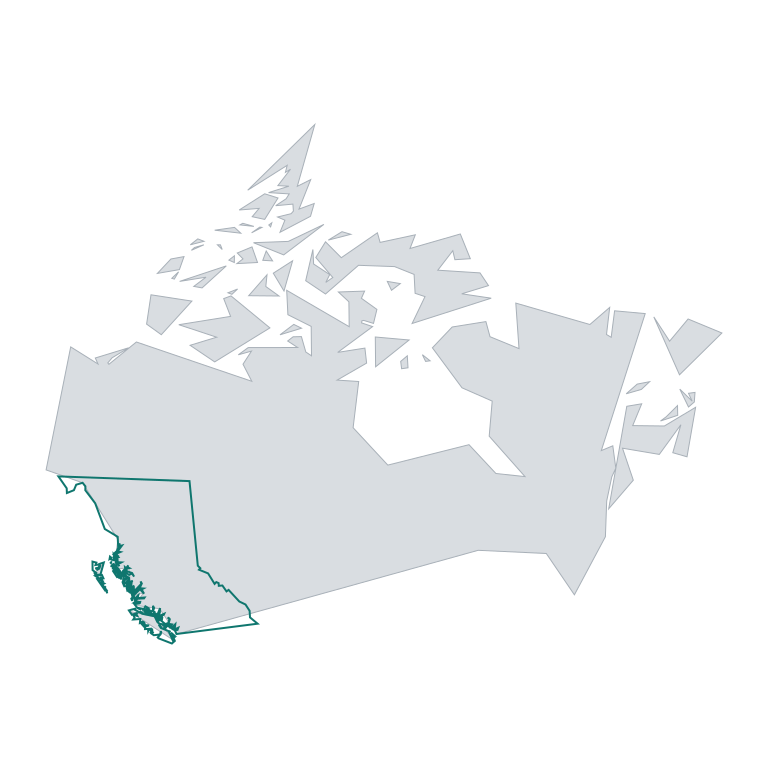 where British Columbia sits in Canada
{"feature_id": "CAN-633", "entity_name": "British Columbia", "entity_type": "Province", "adm_level": 1, "iso_a3": "CAN", "parent_name": "Canada", "parent_adm1": "", "projection": "albers", "projection_center": [-126.982, 54.153], "detail": "fine", "context": "in_parent", "style": "outline", "palette": "teal", "viewbox_px": 768, "rotation_deg": 0, "n_neighbors": 0, "source": "natural_earth", "source_scale": "10m", "svg_char_len": 9838}
<svg xmlns="http://www.w3.org/2000/svg" viewBox="0 0 768 768"><path d="M117.9,539.5L82.6,482.8L46.1,469.9L70.7,346.9L98.0,364.0L95.3,358.0L128.6,347.8L112.1,357.8L107.8,362.9L108.9,364.3L136.4,342.0L251.8,381.3L243.0,364.2L251.5,351.1L238.3,354.8L248.2,347.6L297.6,347.5L287.7,341.0L293.1,336.8L301.4,336.6L305.8,352.0L311.5,355.8L311.2,326.4L287.9,314.7L286.7,290.3L349.2,326.7L348.9,301.8L338.4,292.0L364.6,291.1L361.4,298.3L376.9,309.4L373.5,323.4L363.7,320.4L361.9,320.8L361.6,322.9L372.6,326.6L337.7,352.4L364.9,348.1L366.6,363.1L337.1,380.1L358.7,381.5L353.1,427.7L387.8,465.1L469.0,444.7L495.9,473.5L525.0,476.6L489.2,436.2L492.2,401.1L462.0,387.8L432.4,347.8L452.2,327.0L485.9,321.6L490.0,336.7L519.0,348.6L515.8,303.1L589.9,324.5L609.7,307.4L606.5,334.5L611.2,337.3L614.6,310.8L645.2,313.6L601.3,450.6L612.8,445.8L615.8,468.2L611.8,476.8L606.7,500.9L605.4,536.7L574.4,594.8L546.3,553.5L478.1,550.3L176.6,634.1L159.8,608.8L135.1,605.2L143.6,592.7L131.8,596.4L128.8,567.8L114.2,569.2L117.9,539.5ZM325.8,282.4L332.8,277.5L315.8,257.5L325.5,241.8L341.3,257.7L377.4,232.8L380.1,242.4L415.3,234.8L410.0,248.5L460.3,234.0L470.3,258.7L454.9,259.7L452.8,250.7L437.8,270.2L480.0,272.9L488.5,285.6L461.7,293.8L491.2,298.2L412.1,323.5L425.0,296.6L415.1,293.3L414.1,274.4L394.6,266.6L358.5,265.3L325.5,294.0L305.7,280.7L312.9,249.5L313.6,264.0L329.7,274.6L325.8,282.4ZM247.7,190.2L314.8,124.5L297.3,186.3L310.7,179.6L299.0,209.1L314.2,203.5L310.5,216.3L280.0,232.3L284.9,220.2L277.6,217.0L291.1,213.7L293.4,211.1L292.9,204.1L275.7,205.7L286.1,198.8L289.2,193.9L268.6,192.6L288.9,186.2L277.9,185.6L290.5,169.2L285.4,172.4L287.2,165.3L247.7,190.2ZM178.8,324.7L230.6,316.4L223.7,298.6L231.0,295.9L269.9,327.9L214.7,361.9L190.1,345.3L216.7,337.2L178.8,324.7ZM659.3,454.4L622.5,448.2L633.3,480.2L608.7,508.8L626.8,406.3L641.7,403.8L632.7,425.6L664.4,426.0L695.6,407.3L687.0,456.8L672.8,452.7L680.9,424.7L659.3,454.4ZM151.0,294.8L191.9,301.1L161.3,334.7L146.6,324.1L151.0,294.8ZM239.2,210.0L264.7,193.8L278.0,198.0L264.7,219.4L252.2,216.7L259.1,208.4L239.2,210.0ZM253.5,242.7L288.3,241.4L323.9,224.4L283.7,254.9L253.5,242.7ZM179.6,281.4L226.3,265.9L202.1,287.9L193.8,286.4L206.0,277.2L179.6,281.4ZM653.8,316.9L669.6,341.2L688.1,319.0L721.9,333.0L679.5,374.8L653.8,316.9ZM248.7,295.7L267.0,274.8L265.8,286.5L279.0,296.0L248.7,295.7ZM375.6,366.8L375.3,337.0L409.1,340.0L375.6,366.8ZM273.3,273.2L292.6,260.8L284.0,291.0L273.3,273.2ZM184.0,256.6L179.4,269.6L157.4,273.4L170.9,259.0L184.0,256.6ZM252.0,246.9L257.5,262.5L236.9,263.6L243.0,258.9L237.3,253.0L252.0,246.9ZM214.7,230.2L234.5,227.4L240.8,233.2L214.7,230.2ZM129.5,611.4L154.5,616.6L175.2,641.4L129.5,611.4ZM328.3,240.1L342.0,231.7L350.8,234.3L328.3,240.1ZM280.0,334.8L293.8,324.4L301.5,328.2L280.0,334.8ZM266.2,251.0L272.6,260.9L262.8,260.3L266.2,251.0ZM242.8,223.3L253.9,226.4L239.9,224.9L242.8,223.3ZM387.3,281.4L400.3,283.6L391.5,290.3L387.3,281.4ZM194.5,247.5L203.9,244.8L191.4,250.3L194.5,247.5ZM237.6,289.0L231.9,294.3L228.0,292.8L237.6,289.0ZM679.8,389.1L692.2,401.2L688.5,393.3L695.0,392.4L694.3,402.0L688.5,407.0L679.8,389.1ZM197.8,238.9L204.0,241.3L190.3,244.8L197.8,238.9ZM649.6,381.7L641.4,389.4L626.2,393.8L637.2,384.1L649.6,381.7ZM407.3,355.8L408.0,367.8L401.6,368.7L400.7,361.4L407.3,355.8ZM94.1,573.6L103.7,562.8L100.1,574.7L94.1,573.6ZM251.6,232.8L259.8,227.1L261.9,227.4L251.6,232.8ZM234.4,255.8L234.3,262.5L228.9,260.1L234.4,255.8ZM660.5,421.0L666.2,416.8L677.5,405.6L677.7,415.3L660.5,421.0ZM422.4,354.7L430.1,360.8L425.6,361.4L422.4,354.7ZM178.6,271.8L174.3,279.1L171.8,278.3L178.6,271.8ZM271.8,222.8L270.6,226.9L268.8,225.0L271.8,222.8ZM220.4,244.8L222.2,249.5L217.4,244.8L220.4,244.8ZM95.6,576.1L100.1,580.0L105.7,590.4L95.6,576.1Z" fill="#d9dde1" stroke="#a8b0b8" stroke-width="1"/><path d="M257.6,623.7L176.5,634.0L174.9,630.2L177.5,629.9L178.3,627.7L174.6,629.4L175.3,624.2L172.4,627.1L172.2,628.7L167.4,625.6L168.4,624.0L170.0,627.2L172.0,624.4L168.5,623.8L169.8,619.2L169.1,618.3L167.6,617.5L169.4,619.0L168.4,622.9L165.4,624.1L160.4,620.1L161.7,620.9L162.3,617.4L161.3,616.2L163.9,614.6L164.3,613.7L158.0,616.4L159.8,612.8L160.1,608.1L157.2,615.1L155.6,613.5L153.7,614.5L154.7,611.0L152.8,614.9L151.8,613.7L149.9,614.5L147.5,613.9L153.2,610.6L154.1,608.0L153.0,605.8L153.0,610.2L150.6,611.6L148.1,611.8L149.6,610.2L148.3,609.1L145.1,609.6L148.4,608.1L145.4,606.3L144.0,609.0L139.8,608.2L141.0,609.8L137.5,608.1L134.4,604.1L139.3,603.4L140.0,602.9L140.2,601.9L134.5,602.3L136.5,600.8L137.2,598.7L144.0,598.4L144.6,597.5L137.6,598.1L138.2,595.4L135.7,597.7L137.2,598.2L135.1,601.0L133.7,595.4L140.0,589.2L144.0,593.7L141.7,589.4L143.4,588.5L139.6,588.2L141.8,583.5L140.6,581.4L141.3,583.8L136.0,589.4L133.9,590.5L133.8,586.4L132.7,588.7L133.9,585.5L130.3,589.7L129.5,589.4L131.0,587.1L131.8,581.5L132.7,580.9L129.2,582.0L129.0,577.7L126.0,575.8L125.1,571.9L129.0,574.9L132.0,573.5L134.1,576.6L132.1,573.0L126.5,571.1L126.8,568.6L129.3,568.1L127.5,567.2L128.3,565.4L125.5,568.9L125.8,567.9L125.0,567.2L125.2,568.9L123.1,570.8L122.5,574.2L116.2,566.2L116.7,563.3L119.3,566.2L117.7,562.9L120.1,563.1L121.4,562.4L118.5,562.2L116.1,563.2L115.3,559.8L113.4,560.2L114.0,556.6L116.8,560.8L117.6,561.1L117.5,558.4L114.5,556.2L115.6,555.6L117.3,557.0L118.4,557.0L116.2,553.8L120.4,552.0L117.6,551.4L122.0,545.5L120.1,546.0L119.3,543.3L119.5,546.9L116.6,551.6L118.2,547.7L117.7,536.8L104.8,529.0L95.2,503.3L85.3,490.2L85.4,486.3L82.6,482.8L76.2,484.7L73.9,490.2L66.9,493.0L66.7,488.3L58.4,476.4L189.5,481.1L197.8,565.7L200.3,568.2L199.0,569.7L208.1,573.4L214.6,583.9L216.3,582.1L218.6,583.1L218.8,585.8L222.4,585.5L226.5,591.4L228.6,589.9L239.3,601.5L245.5,604.5L249.6,610.8L250.0,617.4L257.6,623.7ZM174.8,640.9L171.9,643.5L158.5,638.3L157.7,637.4L160.6,634.3L161.2,632.4L160.9,631.1L160.1,634.5L153.8,635.2L151.4,633.5L153.7,631.9L152.5,632.7L152.2,629.7L149.9,631.0L150.6,630.4L150.9,628.7L145.0,629.1L145.2,626.6L149.1,625.4L145.0,625.1L144.3,622.5L142.6,621.5L139.9,622.9L140.3,619.0L133.3,619.5L134.6,617.7L133.1,614.7L137.3,615.9L136.3,613.9L137.5,612.8L131.9,614.8L128.9,610.4L133.6,609.1L142.4,613.8L154.6,616.3L157.3,621.9L160.0,624.6L159.2,625.4L160.9,628.0L168.6,631.1L172.8,640.4L173.8,638.3L174.8,640.9ZM95.4,575.1L94.6,572.7L97.0,573.5L92.6,570.1L92.5,561.6L96.4,562.6L95.5,565.0L99.6,564.4L98.8,567.5L95.3,568.4L97.8,568.9L96.6,570.1L99.3,568.6L100.2,566.0L99.5,563.9L103.8,562.5L100.5,574.5L95.4,575.1ZM106.6,590.2L105.2,590.6L97.1,578.9L99.0,578.2L95.5,576.0L101.9,574.9L103.3,578.0L100.0,577.4L103.1,579.6L100.5,579.2L100.0,580.0L102.6,581.2L101.0,582.4L104.3,587.5L105.7,586.3L104.7,587.7L106.6,590.2ZM126.2,583.7L123.6,581.7L124.5,581.5L124.1,581.0L126.0,579.1L125.7,578.6L123.2,580.2L124.2,575.4L128.5,579.4L127.9,585.0L126.6,585.1L127.6,580.8L127.5,580.0L126.2,583.7ZM114.9,566.9L118.2,569.2L122.1,575.8L120.0,576.3L114.9,566.9ZM118.7,576.1L117.0,577.0L112.6,570.4L116.9,573.0L118.7,576.1ZM134.9,590.1L139.2,589.3L133.6,594.0L134.9,590.1ZM143.3,622.7L144.1,626.7L141.3,623.6L143.3,622.7ZM113.4,565.6L111.6,565.8L111.2,567.2L111.6,565.4L113.7,564.0L115.2,566.1L113.1,567.5L113.4,565.6ZM132.6,596.6L131.4,593.0L133.2,592.8L132.6,596.6ZM123.8,583.1L124.6,587.1L122.4,581.9L123.8,583.1ZM132.6,597.3L132.2,600.9L131.3,598.6L132.6,597.3ZM130.2,584.0L128.9,588.2L129.7,582.5L130.2,584.0ZM123.5,574.2L123.6,570.9L126.4,569.8L125.9,571.6L125.1,571.5L124.1,572.5L123.5,574.2ZM144.5,611.8L147.4,609.7L148.3,610.7L147.4,612.1L144.5,611.8ZM162.0,624.2L164.8,624.7L166.9,627.5L164.0,626.0L162.0,624.2ZM114.1,570.6L114.8,568.2L116.0,571.4L114.1,570.6ZM128.2,585.0L128.7,587.4L127.0,586.3L126.8,586.7L126.0,586.2L128.2,585.0ZM123.6,578.1L122.6,574.9L123.2,575.1L123.6,578.1ZM156.9,616.5L156.2,614.9L158.4,618.0L157.6,619.2L157.6,617.7L156.9,616.5ZM115.4,554.0L113.9,553.9L116.3,551.4L115.4,554.0ZM124.9,572.1L125.3,575.1L123.6,574.5L124.9,572.1ZM157.1,620.3L156.0,619.0L155.8,617.2L157.3,617.9L157.1,620.3ZM110.0,556.6L111.2,557.6L109.6,558.8L110.0,556.6ZM126.5,587.2L127.6,588.9L127.1,589.7L126.5,587.2ZM130.9,590.5L129.9,592.4L128.4,591.3L129.0,590.2L130.9,590.5ZM121.0,576.9L121.4,579.5L120.2,577.1L121.0,576.9ZM174.2,637.1L172.7,637.7L172.0,634.8L173.0,636.2L174.2,637.1ZM102.2,582.3L102.5,582.3L102.4,582.5L104.2,583.5L102.9,584.1L102.2,582.3ZM132.2,591.0L132.9,589.4L133.6,590.8L132.2,591.0ZM149.0,629.3L148.2,631.0L148.1,629.6L149.0,629.3ZM160.3,619.2L159.5,616.7L161.0,618.5L160.3,619.2ZM131.4,592.5L130.3,591.8L131.6,590.8L131.4,592.5ZM106.4,591.0L106.9,591.7L107.2,593.3L106.4,591.0ZM158.8,620.6L158.8,617.7L159.8,619.9L158.8,620.6ZM146.7,613.1L148.0,613.2L144.5,613.7L146.7,613.1ZM130.6,585.2L130.2,582.7L131.5,582.1L130.6,585.2ZM132.1,591.5L133.1,592.4L131.8,591.4L132.1,591.5ZM145.0,610.1L142.0,609.7L144.3,609.4L145.0,610.1ZM154.5,615.0L155.3,615.9L154.0,615.8L154.4,615.4L154.5,615.0ZM161.2,616.7L161.9,617.7L161.2,616.7ZM113.8,555.5L113.7,554.2L114.1,554.7L113.8,555.5ZM173.9,635.8L171.0,632.6L174.6,635.8L173.9,635.8ZM128.6,584.4L128.5,582.9L128.8,581.4L128.6,584.4ZM153.9,614.9L153.2,615.7L151.9,615.5L153.9,614.9ZM151.0,632.3L152.0,631.6L152.0,632.8L151.0,632.3ZM140.3,611.9L142.7,612.5L139.9,612.3L140.3,611.9ZM151.7,614.5L151.5,615.4L150.3,615.0L151.7,614.5ZM167.2,624.1L166.1,624.7L167.7,623.6L167.2,624.1ZM173.9,627.9L173.2,626.7L174.1,627.3L173.9,627.9ZM111.1,562.3L111.5,563.6L110.7,562.8L111.1,562.3ZM164.8,627.2L166.5,628.1L164.6,627.4L164.8,627.2ZM134.0,609.0L135.2,608.7L135.5,609.5L134.0,609.0ZM113.3,568.7L112.3,567.5L113.5,568.3L113.3,568.7ZM114.8,555.2L115.6,555.4L114.5,555.7L114.8,555.2ZM119.0,577.5L119.9,578.4L118.6,577.5L119.0,577.5ZM110.4,559.2L111.0,558.4L111.5,559.4L110.4,559.2ZM169.7,631.4L170.2,632.3L169.4,631.6L169.7,631.4ZM145.8,612.4L146.8,612.6L145.1,612.8L145.8,612.4ZM160.5,626.3L161.8,627.9L160.6,627.1L160.5,626.3ZM173.9,628.3L173.7,629.4L173.2,629.3L173.9,628.3Z" fill="none" stroke="#0f766e" stroke-width="2"/></svg>